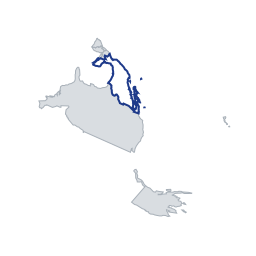 Mexico highlighted among its neighbors, rotated 204°
{"feature_id": "MEX", "entity_name": "Mexico", "entity_type": "country or territory", "adm_level": 0, "iso_a3": "MEX", "parent_name": "North America", "parent_adm1": "", "projection": "robinson", "projection_center": [-103.635, 23.63], "detail": "fine", "context": "with_neighbors", "style": "outline", "palette": "blue", "viewbox_px": 256, "rotation_deg": 204, "n_neighbors": 6, "source": "natural_earth", "source_scale": "50m", "svg_char_len": 10941}
<svg xmlns="http://www.w3.org/2000/svg" viewBox="0 0 256 256"><g transform="rotate(204 128 128)"><path d="M115.9,106.8L166.8,106.8L166.7,105.9L167.3,105.9L167.7,107.2L168.3,107.6L171.5,108.1L173.3,108.8L174.8,108.5L177.7,109.1L179.3,108.4L186.1,111.7L186.3,112.3L186.8,112.5L186.7,112.7L187.6,112.6L188.1,113.5L188.9,113.8L188.8,114.2L190.8,115.3L192.0,119.5L190.5,123.0L190.7,123.5L191.4,123.9L198.3,121.1L197.7,119.7L198.5,119.3L202.1,119.3L202.6,118.4L205.4,116.1L211.7,116.1L211.8,115.5L213.1,115.0L213.9,112.2L215.0,110.4L215.7,111.0L216.9,110.6L217.8,111.3L218.4,114.5L220.4,116.5L214.8,119.2L213.8,121.1L213.9,122.4L214.8,123.6L215.6,123.7L215.2,122.8L215.9,123.3L215.8,124.0L210.4,125.0L208.9,125.7L211.6,125.2L212.3,125.7L209.7,126.4L208.4,126.4L208.5,126.1L208.0,126.7L208.5,126.9L208.3,128.5L207.1,130.4L206.9,129.8L205.8,129.0L206.3,130.3L206.8,130.7L207.0,131.6L205.5,134.5L205.8,132.8L204.7,131.8L204.3,129.9L204.0,130.9L204.6,132.4L203.2,132.0L204.7,132.8L205.0,135.1L205.6,135.2L206.4,138.4L205.3,140.2L203.3,140.9L202.1,142.3L201.1,142.4L200.2,143.3L199.9,144.1L197.9,145.6L196.0,148.2L195.8,149.9L196.2,151.5L198.0,155.3L198.1,156.3L199.2,159.0L199.2,161.6L198.7,163.0L198.1,163.3L197.1,163.0L196.7,162.0L195.9,161.5L193.4,156.7L193.7,155.1L193.1,153.8L191.4,151.8L190.6,151.4L188.6,152.5L187.2,151.3L185.9,150.7L183.7,151.0L181.9,150.7L179.5,151.2L179.9,151.9L179.9,152.8L180.3,153.3L180.0,153.6L179.2,153.3L178.5,153.7L177.0,153.6L175.4,152.4L173.7,152.7L172.2,152.1L169.3,152.9L167.5,154.6L165.5,155.7L164.4,156.8L163.9,157.9L163.9,159.5L164.4,161.5L163.6,161.5L160.6,160.3L159.5,157.5L158.3,156.1L156.6,153.1L155.2,152.1L153.5,152.2L152.2,154.1L150.6,153.4L149.5,152.6L148.4,150.1L145.4,147.4L141.9,147.4L141.9,148.4L136.3,148.4L128.8,145.6L129.0,145.1L124.2,145.6L123.9,144.4L122.7,143.0L121.8,142.7L121.6,142.0L120.5,141.9L119.8,141.3L118.0,141.0L117.5,140.7L117.3,139.3L115.5,137.0L114.1,133.7L114.2,133.1L112.1,130.3L111.9,128.4L111.0,127.1L111.6,125.2L111.7,123.2L111.3,121.3L112.3,119.1L113.1,114.9L113.1,111.8L112.3,108.7L112.6,108.2L115.2,109.0L115.9,111.2L116.5,110.6L115.9,106.8ZM94.6,61.7L88.6,81.4L90.3,81.4L91.7,82.0L93.8,84.4L95.8,83.2L97.6,82.5L98.3,83.6L100.6,85.5L102.6,89.7L105.3,91.1L105.0,92.5L103.9,93.5L101.7,92.0L101.5,90.1L99.7,88.3L99.2,86.2L94.9,86.0L93.0,85.3L90.1,83.0L85.9,81.8L83.5,82.0L78.8,80.1L76.8,80.6L76.6,82.1L73.6,82.7L69.8,83.9L70.0,82.6L71.5,80.5L73.5,79.8L73.3,79.3L70.7,80.5L69.1,81.9L66.1,83.5L66.9,84.5L64.8,86.1L60.7,87.7L59.9,88.7L56.8,89.9L55.8,90.9L53.4,91.8L52.3,91.7L46.6,93.8L43.3,94.5L43.2,94.1L49.9,91.1L52.1,90.9L53.3,90.0L56.2,88.6L58.4,87.4L59.3,85.7L60.6,84.4L58.4,85.1L58.0,84.7L56.8,85.5L56.1,84.4L55.3,85.2L55.1,84.1L53.1,85.0L52.0,85.0L52.4,83.6L53.1,82.8L52.3,82.0L49.9,82.5L48.1,80.9L48.6,79.7L47.8,78.8L49.0,77.6L50.9,76.4L52.0,75.3L53.4,75.1L54.4,75.5L56.1,74.4L57.2,74.6L58.8,74.0L58.9,73.0L58.2,72.6L59.7,71.8L56.8,72.3L56.1,72.7L55.1,72.3L52.7,72.5L50.6,72.0L50.3,71.1L48.9,70.0L55.7,68.1L57.0,68.1L56.2,69.1L59.6,69.0L58.9,67.8L57.4,67.0L55.8,65.1L54.0,64.5L55.4,63.4L58.2,63.3L60.6,62.4L61.4,61.4L63.5,60.5L68.4,59.4L69.7,59.5L72.6,58.5L74.6,58.9L75.2,59.8L76.1,59.4L78.6,59.5L78.3,60.0L80.4,60.3L82.0,60.1L88.8,61.1L90.9,60.8L94.6,61.7ZM41.1,73.9L41.8,74.3L43.0,74.1L45.5,75.0L43.7,75.7L42.3,74.8L40.8,74.9L40.5,74.7L41.1,73.9ZM44.3,175.2L45.4,176.6L43.5,178.0L43.0,177.7L42.8,176.1L43.3,175.5L43.4,174.8L44.3,175.2ZM43.2,173.6L42.3,174.1L41.8,173.2L42.0,173.0L43.2,173.6ZM41.7,172.6L41.6,172.9L40.5,172.8L40.7,172.5L41.7,172.6ZM39.2,171.3L39.9,172.3L38.9,172.3L38.6,171.7L39.2,171.3ZM36.6,170.2L36.3,170.9L35.6,170.5L36.1,170.1L36.6,170.2ZM46.1,81.2L47.3,81.4L47.1,82.2L45.9,82.6L44.2,81.6L46.1,81.2ZM66.4,86.5L67.5,86.7L67.9,87.4L64.1,89.3L63.4,88.7L63.5,87.6L66.4,86.5Z" fill="#d9dde1" stroke="#a8b0b8" stroke-width="1"/><path d="M193.0,197.0L192.5,197.5L190.8,196.6L190.3,197.0L189.0,196.3L188.7,196.6L184.5,192.3L184.7,191.9L185.1,192.3L185.9,192.0L186.4,191.5L186.4,190.3L187.3,190.2L187.7,189.6L188.4,190.1L189.7,188.9L190.1,187.8L191.1,188.2L193.1,187.3L193.8,187.3L193.6,188.1L193.8,189.0L193.1,190.7L193.3,193.5L193.0,193.7L192.9,195.3L192.5,196.0L193.0,197.0Z" fill="#d9dde1" stroke="#a8b0b8" stroke-width="1"/><path d="M193.8,187.3L193.1,187.3L191.1,188.2L190.1,187.8L189.7,188.9L188.4,190.1L187.7,189.6L187.3,190.2L186.4,190.3L186.4,191.5L185.2,192.1L184.9,191.4L184.2,191.2L184.3,190.2L184.1,190.0L182.7,190.1L180.9,188.7L181.4,188.1L181.3,187.2L183.9,185.3L186.0,185.5L187.8,184.9L189.0,185.2L189.9,185.0L191.2,185.3L193.8,187.3Z" fill="#d9dde1" stroke="#a8b0b8" stroke-width="1"/><path d="M180.9,188.7L182.7,190.1L183.6,189.8L184.3,190.2L184.0,191.7L182.0,191.5L180.0,190.8L179.4,190.3L180.6,189.1L180.4,188.8L180.9,188.7Z" fill="#d9dde1" stroke="#a8b0b8" stroke-width="1"/><path d="M174.9,188.4L175.2,187.2L174.9,186.7L175.9,184.8L178.6,184.8L178.6,184.0L176.4,182.0L177.4,182.0L177.4,180.6L181.2,180.6L181.1,185.2L183.2,185.6L181.3,187.2L181.4,188.1L180.9,188.7L180.4,188.8L180.6,189.1L179.4,190.3L177.0,189.9L174.9,188.4Z" fill="#d9dde1" stroke="#a8b0b8" stroke-width="1"/><path d="M181.1,185.2L181.4,180.2L181.8,180.5L182.5,179.0L183.3,179.4L182.9,183.7L181.7,185.2L181.1,185.2Z" fill="#d9dde1" stroke="#a8b0b8" stroke-width="1"/><path d="M124.2,145.6L129.0,145.2L128.8,145.7L136.3,148.5L142.0,148.5L142.0,147.4L145.5,147.4L146.1,148.2L146.4,148.3L147.4,149.3L148.6,150.2L149.1,151.3L149.1,151.6L149.2,152.0L149.6,152.6L150.5,153.2L150.7,153.3L151.9,154.0L152.3,153.9L152.7,153.5L153.0,152.5L153.2,152.2L153.5,152.2L153.8,151.9L154.5,152.1L155.4,152.1L155.6,152.2L157.0,153.6L157.9,155.2L158.0,155.6L158.3,156.0L159.1,157.0L159.6,157.5L159.6,158.0L159.7,158.4L159.7,158.6L160.2,159.3L160.4,160.1L161.1,160.3L161.3,160.5L161.9,160.7L162.1,160.9L163.1,161.0L163.5,161.2L164.0,161.4L164.4,161.2L164.4,161.7L163.7,163.5L163.4,165.0L163.3,166.5L163.3,168.4L163.1,169.2L163.1,169.4L163.3,170.4L163.6,171.1L164.2,171.7L164.0,172.4L164.0,172.2L164.1,171.7L163.6,171.2L163.3,170.6L163.5,171.6L163.8,171.9L164.5,173.5L166.0,175.7L166.4,177.0L167.0,177.7L167.2,178.0L167.4,178.3L167.1,178.2L167.8,178.5L167.6,178.4L167.9,178.5L168.7,178.5L169.0,178.8L169.5,179.0L170.0,179.8L170.7,179.7L172.1,179.2L172.9,179.2L173.4,179.1L173.7,178.9L173.8,178.7L174.4,178.6L175.3,178.5L175.5,178.7L175.4,178.8L175.7,179.1L176.2,179.1L176.8,178.7L176.6,178.3L176.6,178.0L176.4,178.2L177.4,177.4L177.8,177.0L177.9,176.1L178.3,175.6L178.3,174.1L178.6,173.0L179.6,172.4L181.6,172.1L182.4,171.7L183.4,171.6L184.9,172.0L185.1,171.8L185.1,171.7L184.6,171.7L185.2,171.6L185.4,171.6L185.8,172.0L185.8,172.5L185.6,173.6L185.0,174.2L184.7,174.9L184.6,175.2L184.6,175.8L184.3,175.9L184.1,176.3L184.2,176.5L184.7,176.4L184.6,176.7L184.2,177.0L184.4,177.0L184.5,177.1L184.3,178.3L184.1,178.6L184.0,179.3L183.8,179.5L183.6,179.1L183.5,178.5L183.5,178.2L183.4,178.2L183.1,178.5L182.9,179.1L182.5,179.1L182.3,179.5L181.9,180.3L181.7,180.4L181.4,180.2L181.2,180.3L181.2,180.6L177.4,180.6L177.4,182.0L176.5,182.0L177.5,182.9L178.0,183.3L178.2,183.7L178.6,184.0L178.6,184.8L175.9,184.8L175.0,186.7L175.2,187.1L175.1,187.4L175.0,187.8L175.1,188.1L174.9,188.4L173.7,187.0L173.0,186.3L171.4,184.8L170.4,184.3L170.8,184.6L171.2,184.9L170.2,184.5L169.8,184.5L169.8,184.4L170.0,184.2L169.9,184.1L169.6,184.3L169.5,184.1L169.3,184.0L169.1,184.3L169.5,184.4L168.8,184.5L168.2,185.0L167.5,185.2L166.6,185.7L166.0,185.8L165.4,185.6L164.6,185.2L163.4,185.0L162.6,184.5L161.8,184.2L161.3,183.7L159.4,183.2L158.7,182.8L157.0,182.1L155.8,181.3L155.6,181.1L155.4,181.0L154.7,180.3L154.1,180.3L153.1,180.0L151.6,179.4L150.6,178.2L149.6,177.6L148.5,177.1L148.1,176.5L147.8,176.1L147.4,175.5L147.0,174.5L147.2,174.2L147.6,174.2L147.8,174.0L147.8,173.8L147.7,173.6L147.4,173.6L147.9,172.8L147.9,171.9L147.5,171.6L147.0,170.7L147.1,169.9L146.8,169.2L145.5,167.8L145.2,167.2L144.4,166.2L142.7,164.8L143.2,165.0L143.3,165.0L143.2,164.7L142.6,164.6L142.3,164.4L142.2,164.3L142.2,164.0L141.7,163.3L142.0,163.5L142.2,163.4L141.5,163.1L140.8,162.6L140.7,162.5L140.7,162.2L140.2,162.4L140.1,162.2L140.3,162.1L140.5,161.8L140.2,162.0L139.8,162.1L139.6,162.0L139.4,161.8L139.4,161.1L139.8,160.4L140.0,160.5L139.8,160.3L139.7,159.9L139.3,159.5L138.7,159.5L138.5,159.0L138.3,158.6L137.7,158.4L137.3,158.0L137.1,157.7L137.0,157.2L137.2,156.7L136.7,156.6L136.4,156.6L136.0,156.5L135.7,156.1L135.3,155.5L134.9,155.3L134.4,154.4L133.9,154.0L133.8,153.4L133.5,153.2L133.4,152.7L132.8,151.7L132.7,150.9L132.2,150.1L132.1,149.7L132.2,149.4L132.1,149.1L132.3,149.0L132.3,148.8L131.1,148.4L131.1,148.1L130.9,147.9L130.5,147.7L130.4,148.0L130.1,148.0L128.5,147.1L128.7,147.3L128.8,147.7L128.7,148.0L128.6,148.9L128.8,149.3L128.9,149.8L129.0,150.4L129.0,151.1L129.2,151.6L129.5,152.0L129.9,152.3L130.7,153.1L131.1,153.8L131.2,154.2L131.5,154.1L131.6,154.4L131.8,154.5L132.0,155.2L132.5,155.4L132.5,155.7L132.6,155.9L132.6,156.2L132.7,156.4L132.7,156.8L133.1,157.2L133.5,157.5L133.8,158.3L134.2,158.6L134.1,158.8L134.4,159.1L134.4,159.5L134.6,159.8L134.8,159.8L134.5,159.3L134.6,159.0L135.0,159.5L135.1,159.8L135.2,160.2L135.5,160.8L135.6,161.6L135.8,162.2L136.1,162.3L136.3,163.2L136.8,163.8L136.6,164.5L136.8,165.1L137.0,165.4L137.3,165.5L137.5,165.4L137.5,165.2L138.1,165.5L138.5,166.0L138.7,166.4L138.8,166.7L139.1,166.9L139.3,167.1L139.2,167.9L138.5,168.5L138.1,168.5L137.9,168.3L137.8,167.5L137.4,166.8L136.8,166.5L136.0,165.7L135.2,165.1L134.7,164.6L134.4,164.3L133.9,163.9L133.8,163.4L134.0,162.4L133.8,161.4L133.4,160.6L132.8,160.4L132.1,159.8L131.9,159.4L131.8,158.9L131.6,159.3L131.2,159.2L130.9,159.4L130.4,158.8L130.1,158.8L129.9,158.5L129.2,158.2L129.0,157.7L128.1,157.0L128.0,156.8L129.0,156.9L129.5,156.7L129.5,156.9L129.9,157.2L130.0,157.2L129.9,157.0L129.8,156.8L129.8,156.6L129.6,156.5L129.8,156.4L130.0,155.9L130.1,155.4L129.9,154.9L128.3,153.2L127.9,153.0L126.9,152.2L126.7,151.8L126.6,151.7L126.6,150.9L126.3,150.6L126.2,149.7L125.7,149.3L125.7,148.8L125.0,147.9L125.0,147.6L124.9,147.5L125.1,147.4L125.1,147.2L124.7,146.9L124.6,146.4L124.3,146.0L124.2,145.6ZM133.8,154.0L133.7,154.6L133.2,154.4L133.3,153.6L133.7,153.4L133.8,154.0ZM131.9,153.9L131.7,153.8L131.2,153.3L131.1,153.0L131.1,152.6L131.4,152.8L131.5,153.2L131.8,153.3L131.9,153.9ZM186.0,174.0L185.5,174.8L185.5,174.5L185.6,174.3L185.7,174.1L186.0,174.0ZM133.9,164.6L133.7,164.4L133.7,164.2L133.6,163.6L133.8,162.8L133.8,163.0L133.7,163.9L133.9,164.6ZM127.8,156.0L127.7,156.3L127.4,156.1L127.6,155.9L127.6,155.6L127.8,156.0ZM121.6,154.1L121.3,153.7L121.5,153.6L121.6,154.1ZM134.7,165.0L134.0,164.6L134.3,164.6L134.7,165.0ZM145.3,171.6L145.2,171.8L145.1,171.7L145.0,171.4L145.3,171.6ZM137.0,163.5L137.1,163.8L136.8,163.6L136.7,163.3L137.0,163.5ZM136.0,161.0L135.9,161.1L135.7,161.5L135.8,161.0L136.0,161.0ZM136.1,178.4L136.0,178.5L135.8,178.3L136.0,178.1L136.1,178.4ZM175.9,178.6L175.6,178.6L176.1,178.3L175.9,178.6ZM138.5,165.5L138.4,165.4L138.4,165.1L138.6,165.5L138.5,165.5Z" fill="none" stroke="#1e3a8a" stroke-width="2"/></g></svg>